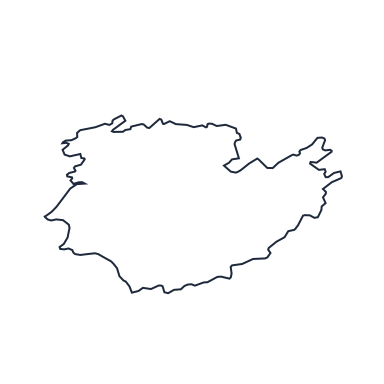 outline of Perthshire and Kinross, rotated 163°
{"feature_id": "GBR-2018", "entity_name": "Perthshire and Kinross", "entity_type": "Unitary District", "adm_level": 1, "iso_a3": "GBR", "parent_name": "United Kingdom", "parent_adm1": "", "projection": "robinson", "projection_center": [-3.865, 56.538], "detail": "fine", "context": "isolated", "style": "outline", "palette": "slate", "viewbox_px": 384, "rotation_deg": 163, "n_neighbors": 0, "source": "natural_earth", "source_scale": "10m", "svg_char_len": 2790}
<svg xmlns="http://www.w3.org/2000/svg" viewBox="0 0 384 384"><g transform="rotate(163 192 192)"><path d="M340.0,211.6L339.1,211.7L332.2,214.0L326.0,217.4L307.4,230.9L299.8,233.2L292.1,231.4L294.2,233.5L297.4,234.4L303.0,234.4L303.0,234.8L303.5,235.7L304.8,238.5L302.5,240.1L302.5,241.1L306.7,243.4L306.5,245.1L303.8,246.1L298.0,245.8L297.2,246.4L297.9,249.5L296.4,250.7L290.2,250.6L285.1,254.6L285.1,255.5L287.9,256.9L287.7,261.0L298.4,261.8L302.9,265.0L303.4,270.2L296.9,272.8L295.8,274.0L297.8,275.8L301.7,276.5L301.0,277.2L297.9,278.1L292.2,276.8L287.6,277.4L285.7,278.1L284.6,282.1L280.9,283.8L265.5,282.2L255.3,282.7L251.4,280.3L248.2,281.0L247.0,283.6L245.3,284.3L237.1,285.8L235.9,284.5L234.9,279.6L249.3,274.6L250.8,273.5L249.5,272.4L240.5,269.8L237.5,270.8L232.6,270.1L231.0,272.3L220.4,271.7L218.5,270.8L216.0,266.6L214.0,265.7L202.2,271.1L201.6,271.4L200.2,270.2L199.8,265.7L198.9,265.2L192.6,266.2L187.5,261.6L177.4,257.7L171.4,253.5L162.7,252.7L159.7,249.7L158.5,250.0L157.3,252.3L155.9,252.5L152.9,251.4L149.1,247.9L140.1,246.4L131.4,239.8L131.8,235.4L129.7,233.7L129.6,230.1L128.7,229.8L129.7,229.7L130.5,228.1L134.8,228.3L136.2,227.1L137.3,225.5L137.3,210.5L144.2,211.5L148.2,209.1L153.7,207.9L149.0,200.2L144.8,197.9L144.7,198.0L143.1,197.7L139.3,198.5L128.8,202.6L119.8,204.9L118.8,203.7L113.0,193.0L107.8,191.3L100.8,194.7L86.5,197.9L84.3,198.2L81.2,196.2L78.9,196.3L77.4,197.4L77.5,199.3L75.9,200.4L69.5,200.6L63.2,202.4L56.2,207.1L51.8,206.1L49.7,204.4L49.6,202.6L54.5,196.3L54.4,194.5L53.8,194.0L52.4,192.8L47.6,192.0L46.4,190.6L46.6,190.1L46.7,189.7L64.2,183.6L67.8,185.2L69.8,186.0L70.8,184.6L66.3,178.8L64.2,176.1L63.2,175.9L58.4,175.0L58.3,172.3L60.3,170.6L59.8,167.1L57.4,166.4L50.6,168.7L44.0,168.3L44.0,163.3L45.1,161.7L55.4,160.5L65.9,156.6L63.9,152.9L64.6,151.2L68.3,148.6L67.5,142.3L72.2,140.3L73.5,137.0L79.0,131.1L82.5,131.5L86.1,135.2L90.9,136.9L92.8,136.9L100.5,129.0L102.8,127.5L103.3,126.9L105.3,125.9L111.4,126.4L116.7,121.7L125.7,119.8L134.9,116.1L136.0,114.7L134.8,110.7L139.1,107.4L141.5,107.1L153.2,110.1L165.0,108.5L175.1,110.1L176.9,109.1L178.0,102.4L179.8,99.1L181.5,98.2L189.0,102.6L192.6,103.4L203.6,101.2L207.2,102.1L216.6,101.6L219.4,103.9L222.9,104.7L226.6,104.4L231.1,102.2L237.8,103.7L244.4,102.2L247.7,104.2L247.7,110.5L249.0,111.6L251.3,112.3L259.6,111.2L267.0,114.7L272.1,113.0L278.9,113.3L279.4,120.0L281.5,125.7L283.4,127.4L286.0,132.7L286.0,137.1L286.0,141.1L288.1,146.4L289.7,149.4L295.2,155.1L299.9,160.1L302.8,161.8L308.0,162.8L313.5,163.8L317.1,164.4L321.9,166.8L323.2,168.8L323.4,171.4L326.6,174.1L331.0,174.5L334.7,176.1L334.7,178.1L329.8,179.8L324.3,184.8L319.6,193.5L319.4,196.8L323.6,202.8L329.9,205.5L334.8,205.9L335.7,206.4L338.0,207.9L339.8,210.8L340.0,211.6Z" fill="none" stroke="#1e293b" stroke-width="2"/></g></svg>